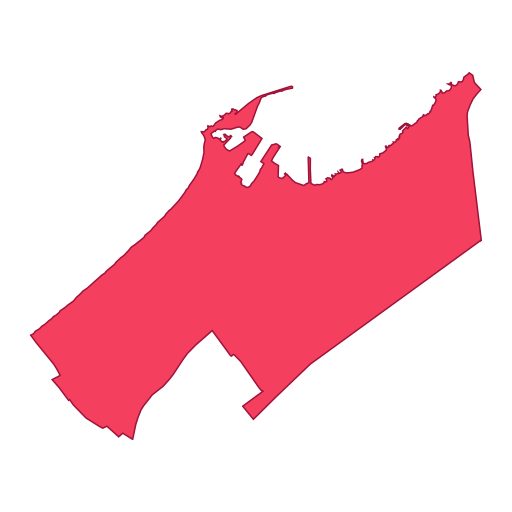 the district of Al Dikhila, Al Iskandariyah, Egypt
{"feature_id": "37247803B81947016112808", "entity_name": "Al Dikhila", "entity_type": "district", "adm_level": 2, "iso_a3": "EGY", "parent_name": "Egypt", "parent_adm1": "Al Iskandariyah", "projection": "mercator", "projection_center": [29.797, 31.119], "detail": "fine", "context": "isolated", "style": "filled", "palette": "rose", "viewbox_px": 512, "rotation_deg": 0, "n_neighbors": 0, "source": "geoboundaries", "source_scale": "gbopen_adm2", "svg_char_len": 6021}
<svg xmlns="http://www.w3.org/2000/svg" viewBox="0 0 512 512"><path d="M480.7,240.8L481.3,240.4L472.9,171.3L470.2,145.0L469.8,141.6L468.3,135.4L467.1,116.0L467.5,111.9L470.2,104.8L473.1,98.8L477.5,93.2L480.9,89.5L474.4,82.5L472.7,75.3L469.2,72.8L468.4,73.8L463.8,77.3L463.4,79.5L462.3,81.5L460.9,82.0L458.7,81.6L458.3,81.9L457.9,83.3L456.9,84.8L455.6,85.6L454.7,85.8L451.5,84.6L451.2,84.2L451.5,83.0L450.9,82.4L450.3,82.9L450.6,83.8L448.0,84.0L449.3,84.8L450.6,84.8L451.4,85.8L451.3,87.5L451.0,88.3L450.1,89.7L448.6,90.8L446.7,90.9L444.9,92.5L443.3,93.1L442.3,93.0L442.0,91.9L440.8,90.2L440.4,90.1L440.4,91.7L439.4,93.0L437.8,94.2L436.0,94.8L436.1,95.8L435.7,96.9L434.9,97.3L433.9,96.8L433.9,97.2L435.8,98.8L436.0,99.3L435.7,101.7L434.0,104.6L433.3,105.4L432.7,105.3L431.3,109.7L430.6,111.3L430.2,111.2L429.9,111.8L430.0,112.2L429.4,113.0L428.1,114.0L427.7,113.8L425.9,115.4L424.5,115.6L423.7,114.7L423.3,115.0L423.1,115.2L423.0,116.4L418.9,119.0L418.4,120.0L417.4,120.8L416.9,122.2L411.9,125.8L411.2,125.9L408.0,123.9L406.1,123.3L404.9,123.6L399.8,127.6L399.1,128.2L398.9,129.0L399.1,129.3L400.3,129.2L404.9,124.8L406.2,124.6L407.6,124.7L406.6,126.3L407.5,125.5L409.1,126.6L407.7,128.6L406.1,127.3L402.6,130.9L403.0,132.0L402.0,133.4L401.6,133.8L400.4,133.9L399.8,134.7L399.3,136.1L399.6,136.5L398.9,137.1L399.5,137.7L399.3,138.5L398.6,139.0L397.5,138.8L397.1,139.4L397.5,139.8L396.3,139.9L396.2,140.8L395.4,142.1L393.2,142.0L393.5,142.9L393.3,143.7L392.2,143.9L391.4,145.2L389.1,145.5L388.8,145.8L389.3,146.4L387.7,147.6L386.0,146.0L385.5,146.2L385.5,147.0L386.4,148.6L386.1,150.3L382.9,152.9L379.8,153.8L379.8,155.4L379.1,156.5L378.3,157.2L377.3,156.6L375.5,156.6L375.2,157.5L374.6,157.7L375.0,158.1L374.3,160.0L373.5,160.2L372.9,159.9L372.9,160.6L372.3,161.2L368.0,162.5L367.5,163.3L365.5,163.6L363.7,163.7L363.3,163.4L362.6,160.1L362.7,159.4L361.9,159.5L361.5,160.9L362.5,164.4L361.9,165.7L362.2,167.5L361.4,168.6L359.5,169.7L353.0,172.2L347.2,172.9L345.1,172.6L343.1,171.8L342.5,169.5L342.0,169.1L340.1,170.1L341.3,171.3L340.9,172.6L339.6,173.3L338.3,172.2L338.6,173.2L338.3,173.6L336.3,174.0L335.3,173.9L335.6,175.1L334.4,175.8L334.4,176.4L334.0,176.9L333.0,176.8L332.9,175.4L331.9,174.9L331.6,175.9L332.5,177.1L332.6,178.0L332.3,178.8L331.5,179.5L330.7,179.4L330.3,178.4L327.8,177.7L325.9,178.8L326.8,180.5L326.6,181.3L325.6,182.0L324.3,181.6L323.8,182.8L322.5,183.9L319.8,184.7L316.7,184.5L314.6,185.2L311.8,183.9L310.9,182.9L310.3,168.9L310.4,158.7L310.0,158.0L308.4,157.1L308.2,158.0L308.9,182.8L306.4,183.6L304.4,185.2L303.5,185.4L302.3,185.0L295.4,182.6L292.3,180.1L286.8,174.2L286.5,174.5L285.3,173.2L285.2,173.4L286.3,174.6L286.0,174.9L284.8,173.7L284.6,173.9L285.8,175.1L284.3,176.8L282.1,178.4L280.2,178.1L278.6,177.3L278.1,176.7L278.5,165.5L275.2,163.7L271.5,160.9L273.1,157.6L280.3,146.5L279.5,146.0L279.1,146.3L279.3,145.8L277.1,144.2L276.0,143.8L271.6,145.0L260.8,161.6L263.6,163.4L263.9,164.0L262.9,165.4L261.7,167.9L260.3,169.5L259.8,171.7L257.1,176.3L253.9,181.3L251.7,183.4L250.4,185.8L248.5,187.2L246.4,187.4L245.1,186.4L241.9,185.0L241.2,184.0L241.6,183.2L240.6,182.1L241.3,181.2L241.3,180.7L241.9,179.6L241.2,178.5L238.7,176.8L239.0,176.4L238.5,176.1L238.1,176.6L236.5,175.3L235.8,175.2L234.7,173.5L235.2,172.4L241.1,164.0L241.7,165.1L242.4,165.0L243.6,161.6L247.9,153.6L248.5,153.6L251.3,155.4L252.3,154.3L262.0,138.5L253.4,131.9L251.9,131.6L243.6,137.1L245.1,140.0L244.8,141.0L237.3,146.3L229.6,151.0L227.3,149.9L225.9,148.8L224.3,146.6L223.8,145.1L230.5,138.1L230.4,137.6L231.6,136.4L230.7,135.5L229.5,136.5L227.8,136.6L225.1,134.3L224.2,134.3L223.7,134.7L224.3,135.3L224.4,136.7L226.3,138.2L227.0,139.1L225.1,141.2L224.0,141.4L223.3,142.2L222.7,141.6L221.9,141.8L220.0,139.8L220.9,138.5L220.7,138.2L219.5,139.4L218.4,138.3L215.7,137.4L213.5,138.3L212.4,137.0L211.3,134.7L211.1,133.5L214.6,131.1L215.0,131.2L214.9,131.0L217.8,129.0L220.8,129.7L224.1,128.7L231.2,129.2L237.4,127.2L239.2,127.0L240.3,127.3L243.2,129.3L246.2,128.7L250.1,124.9L251.8,122.1L257.4,106.6L259.4,102.5L261.3,97.6L264.3,96.2L265.4,96.2L266.8,94.9L269.4,94.1L272.7,93.2L273.5,93.5L274.4,93.3L275.9,92.4L280.3,91.1L282.1,91.1L283.5,90.2L287.4,89.1L292.4,88.2L292.6,86.8L291.7,86.3L290.8,86.3L261.4,95.6L256.8,97.7L248.5,103.5L235.5,114.3L235.0,113.8L235.3,113.5L235.6,113.8L237.5,112.1L236.8,111.5L237.0,110.5L235.6,109.9L234.5,109.9L233.4,109.1L232.0,108.9L231.7,109.6L232.0,111.2L231.1,111.6L230.1,113.1L228.1,113.7L226.8,113.2L226.0,113.4L224.5,115.0L222.0,116.4L220.0,115.7L220.4,117.0L221.3,117.2L222.4,118.3L222.6,118.0L222.4,117.3L223.3,117.5L223.0,118.6L221.8,119.7L219.6,120.3L215.6,123.0L213.4,126.0L212.4,126.4L211.1,125.9L210.6,126.6L210.0,126.6L207.9,125.8L207.7,126.2L208.2,127.6L207.2,129.4L205.6,130.0L205.0,131.1L204.0,131.9L201.3,131.6L201.4,132.2L204.0,135.9L205.3,140.0L204.3,143.6L203.8,146.9L204.0,152.4L202.6,159.3L200.3,167.2L199.0,170.0L197.6,171.9L197.3,173.4L194.2,178.7L189.2,185.7L188.4,187.7L186.2,189.9L184.6,192.8L178.4,201.1L170.7,209.4L169.3,210.3L165.8,214.2L164.5,216.4L157.7,222.3L156.1,224.7L153.0,227.8L150.9,230.5L145.1,235.2L144.0,237.4L135.3,244.4L131.2,247.2L128.5,250.6L123.8,255.5L120.5,258.0L115.9,262.3L114.6,264.3L107.9,269.8L105.7,271.9L105.0,273.0L101.7,275.2L87.2,288.2L82.9,291.1L79.9,294.3L76.7,297.1L73.5,301.0L67.9,305.0L65.3,307.3L60.1,310.8L59.4,312.2L57.8,313.7L55.4,315.6L53.8,316.3L51.2,319.1L49.1,320.5L44.7,324.5L42.0,326.1L39.4,328.8L35.3,331.3L33.6,333.7L30.7,335.2L36.4,342.9L53.7,364.1L56.3,368.2L60.2,375.4L52.1,379.6L59.2,387.7L68.6,400.4L69.7,399.7L73.4,405.0L86.0,418.0L99.4,426.4L102.8,428.2L106.9,426.2L118.7,436.8L122.8,433.2L132.3,439.2L132.7,439.2L135.8,424.4L138.0,417.4L141.1,409.7L143.8,405.5L152.3,394.8L163.1,386.3L169.6,379.1L173.3,374.3L183.0,359.5L187.3,353.6L195.4,345.3L212.2,330.6L230.5,355.6L231.5,356.1L233.4,354.5L234.1,354.7L240.8,361.6L258.5,387.0L261.1,390.3L262.4,390.7L263.0,391.2L242.7,406.2L253.4,419.3L276.1,396.8L310.4,364.0L480.1,240.9L480.7,240.5L480.7,240.8Z" fill="#f43f5e" stroke="#9f1239" stroke-width="1.5"/></svg>